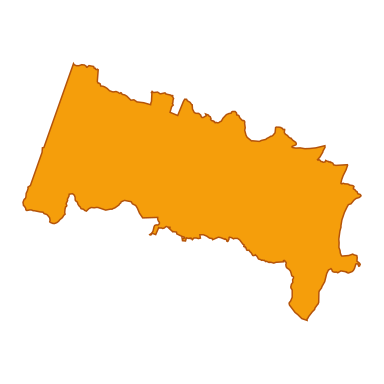 Apozol, Zacatecas, Mexico
{"feature_id": "50627088B1865759391292", "entity_name": "Apozol", "entity_type": "district", "adm_level": 2, "iso_a3": "MEX", "parent_name": "Mexico", "parent_adm1": "Zacatecas", "projection": "orthographic", "projection_center": [-103.054, 21.462], "detail": "fine", "context": "isolated", "style": "filled", "palette": "amber", "viewbox_px": 384, "rotation_deg": 0, "n_neighbors": 0, "source": "geoboundaries", "source_scale": "gbopen_adm2", "svg_char_len": 5983}
<svg xmlns="http://www.w3.org/2000/svg" viewBox="0 0 384 384"><path d="M23.0,202.3L23.5,205.6L24.2,206.0L25.6,208.1L25.9,209.9L26.8,210.5L30.0,209.9L31.6,210.0L33.1,210.7L34.3,210.7L40.1,211.9L43.0,212.2L44.1,213.6L46.6,214.4L47.4,215.0L49.6,217.7L50.1,220.2L49.7,221.8L50.3,222.4L52.7,223.4L54.3,223.6L56.7,222.7L58.6,221.3L59.7,219.8L62.4,217.6L63.8,215.3L65.1,214.2L64.7,212.7L65.0,209.3L65.6,206.8L66.5,206.4L66.8,205.3L66.3,204.4L66.2,203.4L67.6,200.5L67.4,199.1L68.9,196.3L69.2,194.2L72.5,193.7L74.3,195.2L75.1,197.3L75.2,200.0L75.6,200.8L77.3,202.1L78.0,204.3L79.1,206.0L80.0,206.7L81.1,208.7L83.6,209.3L84.6,210.4L86.4,211.1L88.8,208.7L91.1,207.5L94.3,207.8L96.6,207.4L98.0,207.5L105.7,210.1L110.6,209.1L112.1,209.2L112.5,208.8L115.0,207.8L118.9,205.0L119.8,203.6L120.6,203.1L121.2,201.8L124.5,200.4L131.1,201.7L132.4,203.8L135.7,205.5L137.3,208.0L139.5,213.2L142.7,217.9L157.7,217.4L157.7,219.1L158.2,220.7L159.4,222.4L159.4,223.8L157.9,225.0L156.1,224.9L154.7,225.5L154.1,226.6L152.9,231.5L151.4,233.5L149.7,234.6L150.1,235.0L151.1,234.8L152.3,233.3L155.7,234.6L158.7,227.6L159.8,228.1L161.2,227.9L162.7,228.5L164.3,228.0L165.9,226.6L166.6,226.5L167.9,227.2L170.0,227.3L169.9,228.3L169.2,228.5L172.9,231.9L173.4,231.6L176.5,232.1L176.8,233.9L182.2,236.5L184.2,237.1L184.6,238.0L183.0,238.8L182.1,238.2L182.5,240.7L185.5,241.0L186.4,237.9L189.1,238.5L190.1,238.0L190.6,238.6L191.4,238.3L192.3,239.7L194.0,238.0L196.4,238.0L198.4,238.6L200.4,238.1L199.8,234.8L203.3,234.7L206.7,236.1L209.5,238.1L212.1,238.5L212.6,239.7L218.4,237.2L220.6,237.6L224.9,239.3L225.1,238.9L226.7,239.9L226.8,241.1L227.6,241.5L228.0,241.2L228.9,239.3L229.1,237.4L229.4,237.2L231.4,237.6L233.6,238.9L234.5,238.4L237.5,238.4L239.7,239.9L242.9,244.2L244.1,244.9L243.8,246.5L245.3,246.9L245.3,247.6L245.8,247.6L246.1,248.2L246.6,250.0L247.4,250.3L249.1,250.3L250.0,251.7L251.1,252.7L252.7,255.4L253.3,255.6L255.0,255.3L255.3,254.8L257.0,256.3L258.3,258.7L258.9,259.2L260.6,259.6L261.5,260.3L262.4,260.1L263.2,260.4L264.2,260.3L265.7,261.6L266.6,261.3L269.1,262.5L269.7,262.1L270.3,262.4L270.7,262.2L273.8,263.1L276.0,262.3L283.5,261.8L283.5,260.6L284.3,260.4L284.8,260.7L285.3,261.8L286.0,262.2L286.3,262.9L285.8,264.7L286.2,266.9L287.3,268.3L288.6,269.0L290.2,270.7L291.0,272.7L291.7,275.5L292.0,276.0L293.4,276.7L293.5,277.5L293.4,278.3L292.6,279.6L292.8,282.4L291.4,284.3L290.8,287.0L291.0,288.1L292.0,289.6L292.2,290.4L292.2,297.3L290.6,301.1L289.3,302.6L289.1,303.4L289.5,305.1L295.1,312.5L297.9,314.7L301.8,318.6L307.1,320.4L307.0,319.2L307.7,318.4L308.7,316.5L312.3,311.8L314.6,309.5L315.0,308.0L317.3,304.8L318.0,304.1L318.7,302.3L318.9,292.1L319.3,290.9L321.6,287.8L321.8,286.8L324.7,281.7L326.7,273.6L328.5,269.9L329.8,269.4L330.9,268.6L331.7,269.5L332.4,271.3L333.3,271.9L334.7,272.2L336.8,272.1L337.4,272.7L337.9,272.7L340.9,270.9L346.5,271.9L346.4,272.3L348.1,273.0L348.7,272.9L352.1,271.6L353.4,270.4L354.5,268.4L355.8,264.2L356.2,263.8L357.8,263.9L358.8,266.2L359.5,266.0L360.2,264.3L359.5,263.2L356.9,261.1L357.2,257.6L356.8,255.6L354.1,254.9L352.7,254.1L348.8,255.5L341.9,256.1L341.0,254.9L340.3,253.0L340.0,250.5L338.9,247.4L339.1,242.8L338.8,239.2L339.9,231.0L341.0,227.1L340.9,226.0L341.9,219.9L344.4,212.5L347.0,207.1L348.4,204.6L351.0,203.8L354.0,200.1L356.0,198.5L359.2,197.5L360.7,196.3L361.0,195.7L360.5,194.8L359.9,194.3L357.9,193.8L357.0,191.6L356.1,191.2L354.7,189.5L353.4,188.9L353.4,187.9L354.0,186.7L353.5,186.0L352.4,185.5L349.3,185.0L348.9,184.4L347.7,184.0L344.5,183.8L343.6,183.3L342.6,183.4L342.1,183.8L341.3,183.7L340.9,183.2L341.7,179.6L343.1,175.7L346.1,169.7L347.6,165.2L347.4,164.7L335.9,165.4L333.7,164.9L332.8,163.2L331.1,162.3L330.6,162.5L330.0,161.7L329.1,162.1L328.1,161.3L327.3,161.3L325.7,160.4L325.1,161.9L323.2,162.3L322.0,161.6L321.0,161.5L319.6,159.9L317.9,160.1L317.5,159.7L320.0,156.9L322.9,151.9L322.9,151.2L325.0,147.4L324.9,145.7L315.7,147.9L309.8,148.5L304.9,148.7L300.2,147.9L295.8,148.1L292.8,147.6L291.9,146.9L292.3,146.3L295.8,144.9L296.1,144.5L296.3,143.8L295.8,142.4L292.6,140.1L291.0,138.2L290.7,138.4L288.6,137.0L287.5,135.5L285.5,134.3L284.4,132.8L284.3,132.1L284.7,129.7L284.6,129.4L283.1,129.6L282.4,128.3L281.6,128.2L280.9,127.5L279.3,127.2L276.4,127.1L275.6,127.5L275.1,132.7L272.7,135.6L271.2,136.4L270.5,136.3L269.7,137.0L266.6,138.6L265.8,139.4L261.5,140.4L259.4,141.4L252.5,140.8L251.5,140.9L247.1,137.3L246.0,135.2L244.7,130.3L245.2,127.8L244.6,123.2L244.8,122.0L244.3,120.9L243.6,120.5L242.4,120.5L240.4,118.5L239.5,117.3L239.2,116.1L238.4,115.3L236.7,114.9L236.7,113.9L236.4,112.8L235.1,111.5L232.5,111.5L231.6,112.0L231.1,113.2L229.0,113.5L226.4,114.6L223.0,118.2L221.3,121.2L220.2,121.6L219.1,122.5L217.6,122.9L216.1,122.4L215.3,122.8L214.9,122.6L214.4,121.5L213.5,121.5L213.0,120.7L211.9,120.7L211.4,120.4L210.6,119.3L211.0,118.7L210.3,116.8L208.9,116.0L208.5,115.1L205.6,114.0L206.3,115.7L203.2,117.5L202.0,117.5L201.1,116.5L200.7,115.1L198.7,113.4L195.7,113.3L194.2,112.4L192.5,109.1L192.2,104.8L191.8,104.8L190.1,102.4L187.3,100.7L186.6,99.3L184.7,99.2L183.4,101.5L177.7,115.5L170.0,112.3L171.7,106.5L173.2,105.1L172.4,103.4L172.8,102.8L173.1,99.7L173.6,98.6L172.7,97.0L172.7,95.6L172.0,95.5L171.5,95.9L170.7,95.1L165.9,94.0L165.4,93.1L164.8,92.9L160.6,93.8L160.1,93.8L157.6,92.1L153.8,92.5L153.3,92.4L152.1,91.4L151.4,92.7L151.9,93.1L151.5,101.4L150.9,102.9L150.6,104.7L143.6,102.7L137.0,101.9L133.9,99.8L130.9,100.2L126.9,96.2L124.7,94.9L122.2,94.4L121.3,92.9L120.8,92.7L120.2,93.3L119.6,93.4L118.0,92.3L116.0,91.5L113.8,91.9L112.4,91.8L109.5,90.7L107.1,88.4L104.7,86.9L103.1,86.3L100.7,86.0L100.2,83.9L98.8,83.0L98.3,83.2L97.9,82.8L97.3,81.5L98.2,69.8L97.3,69.2L96.8,69.6L95.8,69.4L95.3,68.3L94.3,68.3L93.6,66.5L89.0,65.6L87.0,67.3L86.6,67.2L86.2,66.3L84.4,65.0L81.7,64.7L78.9,65.7L76.4,65.7L74.1,64.7L73.5,63.6L43.9,147.5L42.4,147.8L42.1,152.3L30.4,185.5L27.9,187.2L28.2,188.0L27.3,191.0L26.2,193.3L25.9,197.0L25.3,198.7L24.6,198.9L24.0,199.7L23.0,202.3Z" fill="#f59e0b" stroke="#b45309" stroke-width="1.5"/></svg>